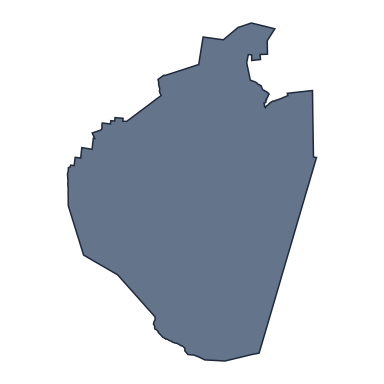 the district of San Ignacio Cerro Gordo, Jalisco, Mexico
{"feature_id": "50627088B58147412700600", "entity_name": "San Ignacio Cerro Gordo", "entity_type": "district", "adm_level": 2, "iso_a3": "MEX", "parent_name": "Mexico", "parent_adm1": "Jalisco", "projection": "orthographic", "projection_center": [-102.51, 20.768], "detail": "fine", "context": "isolated", "style": "filled", "palette": "slate", "viewbox_px": 384, "rotation_deg": 0, "n_neighbors": 0, "source": "geoboundaries", "source_scale": "gbopen_adm2", "svg_char_len": 2522}
<svg xmlns="http://www.w3.org/2000/svg" viewBox="0 0 384 384"><path d="M274.8,28.8L251.4,23.0L250.8,23.2L237.9,27.5L237.3,28.1L223.3,39.8L203.1,37.0L198.7,64.5L165.5,75.3L163.7,75.3L158.0,79.4L158.3,80.6L158.7,82.5L158.6,83.7L158.8,85.0L159.1,86.7L159.4,87.5L159.8,88.9L159.6,89.9L159.4,91.0L159.9,92.7L160.3,93.7L160.5,94.2L161.1,95.6L155.5,99.7L147.0,106.2L146.8,106.3L145.9,107.0L140.9,110.7L140.2,111.2L135.5,114.8L135.3,114.9L129.9,119.0L129.2,119.5L127.5,120.7L126.7,121.4L122.8,121.2L123.1,118.3L115.0,117.6L114.7,121.0L110.8,120.7L110.5,123.9L110.3,123.9L102.2,123.0L102.1,123.9L101.9,124.8L101.9,126.4L102.0,127.6L101.7,129.0L101.0,130.0L95.1,132.0L92.2,133.0L94.7,138.5L93.3,138.3L92.1,149.3L81.8,147.6L80.7,158.0L75.2,157.3L74.1,165.6L70.8,165.1L69.9,167.2L68.4,167.7L68.2,171.2L67.5,173.9L67.6,176.2L67.8,178.3L68.0,181.1L67.8,183.4L67.9,185.1L68.0,187.3L68.2,189.3L68.2,190.5L68.1,192.1L68.3,205.8L83.6,255.1L98.0,263.5L98.5,263.7L117.7,274.9L141.9,302.1L155.0,316.8L155.2,319.5L154.5,320.7L153.9,322.0L153.6,323.1L153.5,324.3L154.1,325.0L154.6,326.3L154.6,327.6L154.9,329.0L156.4,329.7L157.2,330.5L158.1,331.5L158.1,332.1L158.7,333.0L160.6,334.8L162.7,337.2L163.9,337.7L164.9,338.5L165.6,339.1L167.1,339.2L167.9,339.6L169.5,340.7L171.3,341.1L171.9,341.8L172.7,342.2L174.3,342.8L175.4,343.1L176.6,343.2L179.2,344.6L181.3,345.9L182.6,346.0L184.9,348.4L184.8,350.8L186.0,352.2L186.6,352.9L187.8,354.5L191.9,354.9L193.3,354.9L198.4,356.8L204.8,359.9L225.0,361.0L251.4,354.6L252.8,354.3L256.2,353.7L258.7,353.2L259.1,353.1L264.5,334.8L279.6,283.3L280.5,280.2L281.7,275.9L283.3,270.5L284.2,267.6L284.9,265.0L287.8,255.3L306.3,192.1L309.4,181.8L309.4,181.7L316.5,157.5L316.1,157.5L313.5,157.0L313.4,152.4L312.8,114.6L312.5,90.5L287.3,93.3L287.9,95.6L281.5,98.3L277.8,99.7L275.2,100.5L274.4,101.2L273.6,101.0L272.6,101.2L271.1,102.2L270.0,102.8L268.9,103.9L268.2,104.8L267.3,105.4L266.5,106.0L265.6,106.9L265.4,107.6L264.4,106.6L264.6,105.7L264.5,104.9L264.1,104.1L264.0,103.0L265.0,102.9L265.6,102.5L266.0,101.9L265.8,101.1L265.6,100.5L266.4,100.1L266.7,99.7L266.4,98.9L266.6,98.3L267.1,98.0L267.7,97.1L268.1,95.8L268.4,94.7L269.0,94.3L268.8,93.5L268.3,93.0L267.4,92.7L266.9,91.9L266.2,91.5L265.2,91.4L264.7,90.5L263.6,90.3L262.7,89.6L262.1,88.4L261.5,86.7L261.1,85.8L260.2,85.4L259.4,84.6L258.3,84.5L257.7,84.0L257.2,83.2L256.3,82.6L255.4,82.0L250.3,80.1L246.7,62.8L248.3,54.6L251.6,54.8L251.7,60.5L260.5,59.5L260.0,54.5L267.5,54.2L267.2,40.8L274.8,28.8Z" fill="#64748b" stroke="#1e293b" stroke-width="1.5"/></svg>